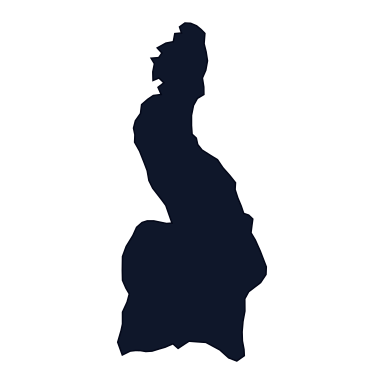 outline of Areiópolis, São Paulo, Brazil
{"feature_id": "56859067B34609023861166", "entity_name": "Areiópolis", "entity_type": "district", "adm_level": 2, "iso_a3": "BRA", "parent_name": "Brazil", "parent_adm1": "São Paulo", "projection": "robinson", "projection_center": [-48.654, -22.616], "detail": "fine", "context": "isolated", "style": "filled", "palette": "ink", "viewbox_px": 384, "rotation_deg": 0, "n_neighbors": 0, "source": "geoboundaries", "source_scale": "gbopen_adm2", "svg_char_len": 1468}
<svg xmlns="http://www.w3.org/2000/svg" viewBox="0 0 384 384"><path d="M204.9,33.4L201.1,29.5L196.6,25.8L190.7,23.3L184.9,23.0L179.5,26.9L181.5,33.0L174.8,33.6L173.3,41.7L165.9,43.1L157.2,47.9L161.9,53.0L158.7,57.6L151.1,58.2L154.4,63.7L152.8,71.8L153.0,80.5L158.9,78.0L163.9,82.8L158.0,87.3L161.2,94.5L153.3,95.5L147.7,99.3L141.6,104.6L140.5,113.5L135.4,120.7L133.5,128.1L134.9,134.8L134.6,142.2L139.6,151.1L144.3,163.0L147.2,170.7L148.9,180.5L152.7,188.2L161.7,199.8L165.8,205.4L172.0,223.1L166.5,223.5L153.9,220.9L147.1,220.9L142.1,222.5L136.6,227.3L132.9,235.5L126.2,246.4L122.5,256.5L122.3,270.4L122.5,280.3L125.9,288.1L129.3,293.9L127.1,302.1L122.5,312.1L122.5,324.0L121.1,330.5L117.7,342.2L122.3,355.0L130.2,351.1L135.4,350.5L140.5,350.6L145.8,351.5L152.1,351.1L159.2,348.9L165.1,347.2L172.9,343.8L178.1,348.4L184.2,344.3L189.0,341.2L197.2,341.8L205.9,342.4L219.8,349.9L228.7,357.9L236.8,361.0L244.3,355.7L244.0,349.5L242.4,340.9L242.1,331.9L243.0,321.4L244.9,311.1L244.8,298.8L248.7,291.7L253.8,287.8L260.6,282.6L266.0,274.5L266.3,266.8L260.3,251.2L255.3,240.0L251.0,232.8L251.9,225.6L252.8,219.0L248.7,215.1L243.7,213.4L241.2,206.0L237.8,197.9L235.1,189.5L235.5,182.7L230.1,175.9L222.8,167.6L217.5,159.7L210.8,155.6L202.0,150.0L197.7,144.5L196.3,138.1L192.1,134.2L191.5,125.5L191.5,115.4L193.5,105.4L197.4,98.4L203.9,94.5L203.8,87.0L202.4,78.0L205.8,70.2L207.5,60.8L206.1,51.8L204.1,43.7L204.9,33.4Z" fill="#0f172a" stroke="#020617" stroke-width="1.5"/></svg>